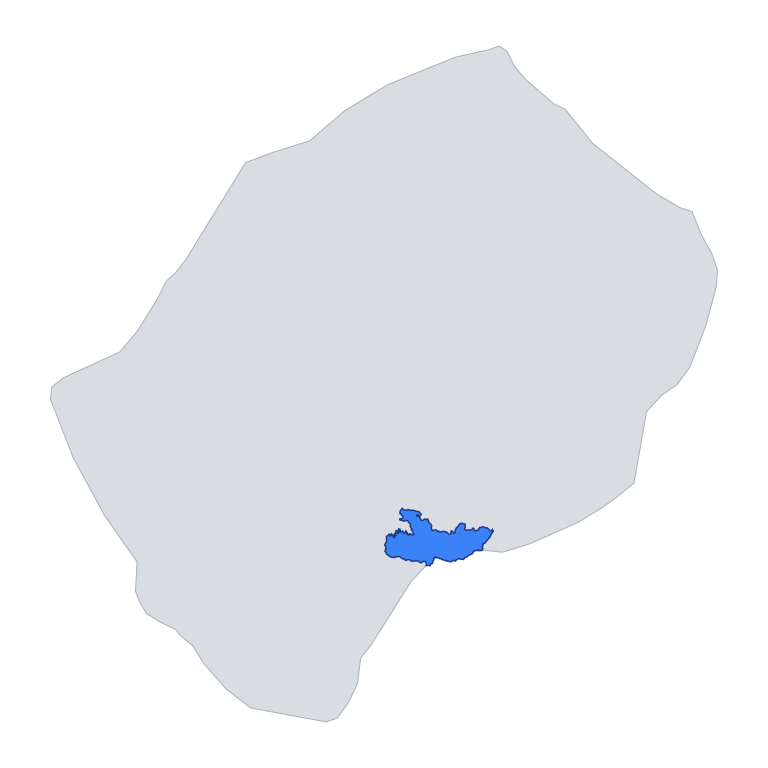 location of Qanya, Qacha's Nek, Lesotho
{"feature_id": "5366337B93749016515077", "entity_name": "Qanya", "entity_type": "district", "adm_level": 2, "iso_a3": "LSO", "parent_name": "Lesotho", "parent_adm1": "Qacha's Nek", "projection": "mercator", "projection_center": [28.412, -30.083], "detail": "fine", "context": "in_parent", "style": "filled", "palette": "blue", "viewbox_px": 768, "rotation_deg": 0, "n_neighbors": 0, "source": "geoboundaries", "source_scale": "gbopen_adm2", "svg_char_len": 7044}
<svg xmlns="http://www.w3.org/2000/svg" viewBox="0 0 768 768"><path d="M531.0,543.3L505.4,551.5L501.8,552.2L485.3,550.3L463.4,552.2L446.1,556.7L432.7,558.4L410.9,581.8L371.1,645.0L360.6,658.2L357.6,683.1L348.4,702.8L337.1,718.2L326.1,721.9L292.9,715.8L250.5,707.9L225.9,688.8L203.9,663.7L192.3,645.4L180.2,635.4L176.1,629.8L158.8,621.4L152.3,617.0L146.6,613.9L139.6,601.8L135.5,591.3L137.1,562.0L124.9,544.6L104.1,514.8L91.0,490.4L73.0,457.2L62.0,428.8L50.5,399.3L52.0,386.7L62.9,378.1L94.9,363.3L119.8,351.9L137.5,330.9L156.9,299.7L166.4,281.0L175.8,272.4L186.1,259.2L204.1,229.9L224.1,197.5L245.5,162.6L272.6,152.5L309.5,140.9L345.0,110.5L387.2,84.9L455.5,57.1L487.3,50.1L499.3,46.1L507.0,51.3L515.1,67.2L526.7,80.5L553.6,103.6L565.1,109.2L592.8,143.5L622.6,167.1L656.8,194.2L680.1,207.7L692.0,211.5L701.8,235.6L711.8,253.5L717.5,270.2L716.3,286.6L705.5,326.6L689.7,367.5L677.1,384.5L661.7,395.3L646.6,411.5L640.8,444.4L634.0,483.1L614.3,499.1L599.0,509.6L577.8,522.4L531.0,543.3Z" fill="#d9dde1" stroke="#a8b0b8" stroke-width="1"/><path d="M426.1,565.3L426.3,565.6L427.6,565.4L429.3,565.7L430.3,565.4L430.4,564.3L430.7,563.8L431.8,563.7L432.3,563.6L432.5,562.5L432.8,562.2L433.1,560.6L433.6,560.2L433.8,559.8L433.9,558.8L433.8,558.2L434.3,558.2L434.2,557.8L434.4,557.4L434.9,557.1L437.4,557.7L437.9,557.7L439.8,558.6L440.8,558.6L441.3,558.9L441.5,559.4L442.5,559.5L444.6,560.4L445.9,560.5L446.9,561.1L447.9,561.1L448.7,561.2L449.7,561.7L450.3,561.8L451.5,561.6L452.1,560.9L452.6,560.6L455.2,560.7L455.5,561.0L455.8,560.7L455.8,560.3L456.3,560.0L458.6,558.6L459.2,558.7L460.2,559.2L462.4,559.2L463.4,559.5L463.6,559.3L464.3,558.5L464.7,558.1L464.9,557.6L465.4,557.3L467.2,556.8L468.1,555.6L470.7,554.4L471.3,554.3L471.7,553.9L472.8,553.3L473.0,552.9L473.2,551.5L474.1,550.8L474.8,550.7L475.4,550.4L476.5,550.2L477.0,550.4L478.1,549.8L478.6,549.8L478.8,550.4L479.4,550.5L481.4,550.5L482.0,550.3L482.3,549.5L482.5,549.2L482.5,548.7L482.8,548.6L482.3,548.0L482.3,547.8L482.4,547.6L482.2,547.1L482.3,546.6L482.6,545.9L482.7,545.7L482.6,545.4L482.8,545.3L482.7,544.9L483.1,544.8L483.0,544.3L483.1,543.6L484.2,543.4L484.8,543.2L485.1,542.6L485.5,542.5L485.7,541.9L486.3,541.2L486.8,540.8L487.2,540.0L488.2,539.3L488.8,537.9L489.3,537.7L490.0,537.1L490.5,535.5L491.0,534.9L491.0,534.3L491.4,534.0L491.6,533.2L491.9,532.9L492.2,532.9L492.7,532.1L492.9,531.6L493.1,531.6L493.2,531.4L493.1,530.6L492.8,530.2L492.6,530.2L492.4,529.5L491.6,530.7L491.1,530.9L490.4,530.9L489.8,530.4L489.2,529.7L487.0,527.8L486.5,527.6L485.6,527.9L485.2,527.9L483.7,527.0L483.3,526.8L481.2,527.4L479.8,527.5L478.8,528.7L478.6,529.1L478.7,529.3L478.7,529.5L477.9,530.3L477.6,530.5L477.0,530.3L474.7,530.9L474.1,530.5L474.0,529.2L473.6,528.3L473.1,528.1L472.8,528.2L472.7,528.5L472.3,528.9L471.9,529.7L471.2,529.6L470.5,529.9L468.6,530.1L465.6,530.1L464.8,529.2L464.7,528.9L464.8,528.4L465.1,528.0L465.2,527.6L465.1,526.5L465.3,525.1L465.2,524.4L464.9,524.0L464.7,523.9L464.4,524.1L463.2,523.8L462.3,523.3L461.8,523.5L460.6,523.3L460.2,523.4L459.8,524.0L459.2,524.4L458.3,526.0L458.0,526.5L457.2,527.1L456.1,528.2L455.7,529.5L455.0,530.4L455.0,531.0L455.2,531.9L455.1,532.4L454.9,532.8L454.1,533.1L453.7,533.0L452.8,531.7L451.9,531.4L451.6,530.9L451.4,530.9L450.9,531.3L450.9,531.9L451.3,533.0L451.1,533.4L450.6,533.9L449.6,534.3L448.6,534.1L448.3,533.9L447.7,533.0L445.9,531.7L445.5,531.6L442.7,531.3L441.8,531.7L441.0,531.8L439.7,531.9L439.1,531.8L438.7,531.2L438.4,531.1L438.2,531.0L437.7,531.2L437.3,531.2L436.8,531.0L436.4,530.3L435.9,529.8L435.5,529.7L433.3,530.5L432.3,530.6L432.0,530.4L432.0,529.9L431.9,529.6L431.4,528.5L431.3,527.9L431.6,526.9L431.7,525.6L431.1,524.6L430.3,523.7L428.9,522.4L428.6,521.8L428.4,520.5L427.9,519.4L427.6,519.1L427.1,519.0L426.9,519.1L426.5,519.7L426.0,519.6L424.7,519.1L424.4,519.1L422.9,520.4L422.5,520.4L421.8,520.3L420.8,519.9L420.5,519.4L420.2,517.8L420.0,517.4L419.4,516.9L418.8,516.7L417.4,516.4L416.6,516.0L416.5,515.4L416.7,515.1L417.7,515.0L419.0,515.8L419.7,515.9L420.9,514.9L421.2,514.5L421.1,514.1L420.3,513.3L419.3,511.9L418.8,511.7L418.5,511.7L417.8,511.5L416.4,511.3L413.6,510.3L412.3,510.2L412.0,510.3L411.5,510.5L410.9,510.2L410.1,510.5L409.6,510.3L409.2,509.8L408.8,509.6L407.7,509.7L407.3,510.0L406.7,510.0L404.0,510.0L403.5,509.8L403.2,509.6L402.8,508.8L402.5,508.4L402.0,508.4L401.2,509.7L400.3,510.8L400.0,512.1L399.9,513.0L399.9,513.4L401.6,514.9L403.0,516.8L403.1,517.5L402.7,518.1L402.4,518.4L401.9,518.6L399.9,518.8L399.7,519.4L399.8,519.7L399.9,519.9L401.0,520.3L401.6,520.4L402.3,520.7L404.2,521.0L404.7,521.0L405.5,520.8L405.8,520.5L406.2,520.4L407.7,520.8L408.0,521.3L408.1,521.7L408.9,522.3L409.3,523.1L410.0,523.8L410.4,524.0L410.2,526.5L410.3,526.8L410.7,527.2L410.9,527.8L411.9,528.7L412.0,528.9L411.3,529.7L411.2,529.9L411.7,530.5L412.5,531.2L413.3,533.3L413.9,533.7L414.1,534.0L413.9,534.1L413.5,534.1L413.3,534.3L413.5,534.5L413.8,534.5L412.7,535.1L412.3,534.9L411.8,534.8L410.9,534.0L410.5,534.0L409.9,533.7L409.6,533.7L409.4,534.2L409.6,534.8L409.3,535.0L407.8,534.9L407.2,534.4L407.2,534.1L407.5,534.0L407.7,533.8L407.4,532.7L406.6,532.4L406.3,532.0L406.3,531.5L405.9,530.9L405.4,531.5L405.4,532.1L405.0,532.5L404.9,533.1L404.7,533.3L404.2,533.6L403.4,532.8L403.2,532.1L402.5,531.0L401.4,531.6L401.4,531.9L400.8,531.9L400.5,531.8L400.3,531.6L400.4,531.1L399.9,529.1L399.2,529.1L398.8,528.8L398.6,529.1L398.4,529.6L398.4,530.2L398.5,530.5L399.1,530.7L399.3,530.9L399.3,531.2L399.2,531.4L398.9,531.5L398.5,531.3L398.2,531.6L397.9,531.9L397.9,532.2L398.0,532.5L398.6,532.9L398.5,533.2L397.9,533.2L397.7,533.0L397.2,531.2L396.9,530.9L396.6,530.6L396.0,530.7L396.0,531.5L396.2,531.8L396.6,532.3L396.3,532.8L396.1,532.9L395.7,532.7L395.3,532.8L394.9,533.3L395.2,533.9L395.8,534.7L396.0,535.4L395.8,535.7L395.6,535.7L394.8,535.1L393.9,534.8L393.6,535.0L393.7,535.4L394.7,536.6L394.6,536.9L393.7,536.6L393.5,536.8L393.8,537.3L393.5,537.2L393.2,536.8L392.9,535.8L391.9,534.9L391.8,533.8L391.6,533.7L391.3,534.6L390.0,536.1L389.9,535.9L390.0,535.6L389.7,534.9L389.8,534.7L389.8,534.4L389.6,534.1L389.3,534.1L389.2,534.4L388.9,534.5L387.7,535.7L387.2,536.0L386.5,536.2L386.4,536.5L386.4,537.4L386.7,537.9L386.5,538.1L386.4,538.3L386.7,542.1L386.2,542.5L385.8,542.6L385.5,543.0L385.4,543.4L385.2,543.7L384.8,545.0L384.8,545.3L385.1,545.8L385.7,546.2L385.9,546.5L386.0,546.9L386.0,547.4L386.2,548.2L385.8,548.5L385.6,549.0L385.5,550.2L385.4,550.5L384.9,551.1L385.0,551.5L385.3,551.7L386.3,552.9L386.3,553.5L386.6,554.1L387.2,554.6L387.9,554.8L388.3,555.2L388.9,555.7L389.2,555.8L390.6,557.1L394.2,557.5L394.8,557.5L395.7,556.7L396.9,556.9L397.5,556.6L399.6,556.6L400.2,556.8L400.8,557.4L401.3,558.0L402.3,558.6L402.7,558.9L404.3,558.9L405.4,560.3L406.0,560.4L406.7,560.1L407.6,559.6L409.0,559.6L410.0,560.1L410.7,560.7L411.8,560.9L412.3,561.4L413.1,561.0L416.3,561.0L417.6,560.8L418.2,560.9L419.2,561.9L421.0,562.9L421.4,562.8L421.9,562.4L422.4,561.6L423.1,561.5L424.9,561.5L425.5,561.7L425.7,562.1L426.0,562.6L426.3,563.3L426.4,564.6L426.1,565.3Z" fill="#3b82f6" stroke="#1e3a8a" stroke-width="1.5"/></svg>